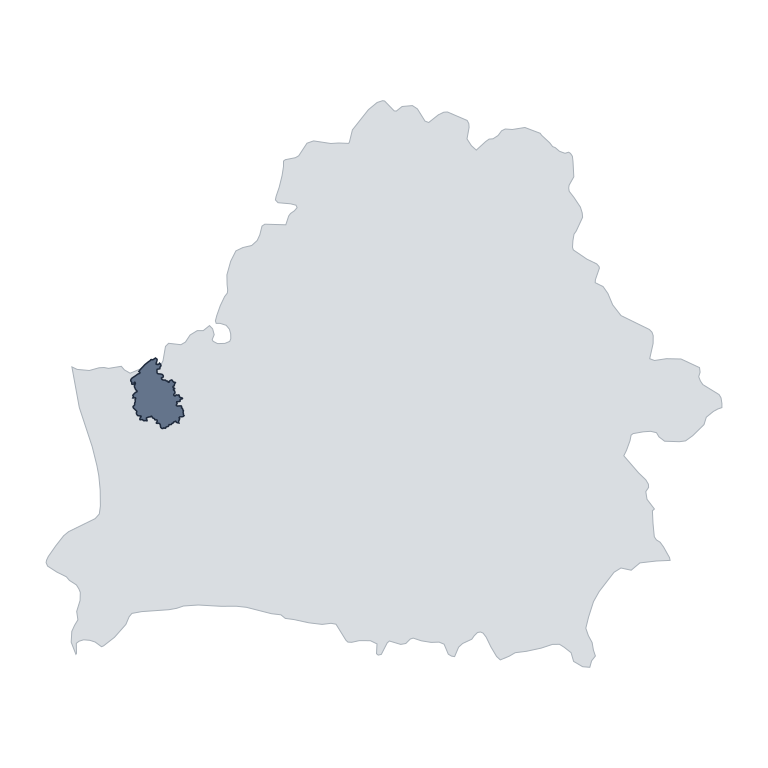 Shchuchyn, Grodno, Belarus shown in context
{"feature_id": "67162791B66420794580046", "entity_name": "Shchuchyn", "entity_type": "district", "adm_level": 2, "iso_a3": "BLR", "parent_name": "Belarus", "parent_adm1": "Grodno", "projection": "orthographic", "projection_center": [24.728, 53.725], "detail": "fine", "context": "in_parent", "style": "filled", "palette": "slate", "viewbox_px": 768, "rotation_deg": 0, "n_neighbors": 0, "source": "geoboundaries", "source_scale": "gbopen_adm2", "svg_char_len": 8246}
<svg xmlns="http://www.w3.org/2000/svg" viewBox="0 0 768 768"><path d="M670.1,560.4L656.3,561.0L639.9,562.9L631.2,570.2L620.9,568.0L614.0,572.3L599.2,591.5L593.5,601.6L588.6,616.9L585.8,628.2L588.4,635.7L592.1,642.5L593.4,650.1L595.4,656.0L591.6,660.8L589.8,667.3L582.6,666.7L573.6,661.4L571.1,652.7L564.1,647.2L559.5,644.3L552.4,644.4L541.2,648.1L526.4,651.3L515.2,652.7L509.2,656.2L500.3,659.9L496.6,656.5L490.9,646.9L486.2,637.2L483.1,633.1L480.5,632.0L477.5,632.5L474.2,635.8L471.8,639.2L462.6,643.5L458.6,647.2L454.6,656.6L451.5,656.1L448.3,654.2L444.1,644.2L439.1,642.1L431.2,642.4L421.3,640.8L413.2,638.1L410.3,639.0L405.8,643.5L400.7,644.4L389.4,641.0L387.2,642.9L381.3,654.4L378.2,655.1L376.5,653.7L377.0,643.9L370.4,640.7L359.4,640.6L351.7,642.3L347.9,642.1L345.9,640.2L336.0,624.2L331.0,623.3L322.1,624.4L308.9,622.8L293.6,619.5L285.3,618.4L280.9,614.8L271.5,613.7L246.4,607.3L236.1,606.2L221.1,606.3L198.2,605.0L183.5,606.0L176.7,608.3L168.9,609.7L141.7,611.6L131.9,613.4L129.1,616.8L125.9,624.4L114.5,637.3L103.5,645.9L101.5,646.7L95.1,642.0L89.8,640.3L83.6,639.8L79.1,641.2L76.3,643.3L76.5,653.4L75.9,654.3L71.2,642.2L71.8,631.4L74.6,625.3L77.9,619.8L76.7,611.4L80.1,600.4L80.3,592.4L78.9,588.9L76.4,584.9L69.4,580.4L66.4,576.8L56.9,572.1L47.6,566.1L46.1,562.6L46.6,560.1L48.3,556.5L55.7,545.9L63.7,535.7L68.7,531.6L95.2,518.6L99.3,514.0L100.4,506.1L100.2,490.1L98.8,475.6L96.9,465.5L92.2,446.6L79.3,407.5L71.9,366.9L77.1,369.4L89.3,370.5L99.0,367.8L104.0,367.5L108.5,368.4L121.3,366.3L124.4,369.9L130.1,373.2L141.3,368.6L151.3,362.9L161.6,363.6L163.0,360.8L165.5,346.4L168.6,343.3L180.9,344.7L185.4,342.1L190.1,335.0L197.3,330.6L203.3,330.6L209.5,325.6L212.6,328.8L214.2,334.7L212.2,339.5L213.1,341.3L217.5,343.6L224.9,343.4L229.7,341.4L230.8,338.7L230.7,333.8L229.4,329.2L226.2,325.3L220.3,323.4L216.2,323.4L215.4,320.9L216.8,315.5L220.3,305.6L224.6,296.6L227.3,293.1L227.7,290.0L227.1,284.6L226.9,274.9L230.7,261.2L235.9,250.9L243.0,247.5L251.7,245.5L257.2,240.5L259.8,234.9L262.0,226.1L264.8,224.2L285.8,224.8L288.7,216.0L290.5,213.5L294.4,210.8L297.1,207.6L296.0,205.2L290.6,203.8L278.0,202.7L275.4,199.9L276.1,196.4L279.2,187.3L282.1,175.5L283.5,166.5L283.5,161.1L285.3,159.7L295.4,157.7L298.7,155.8L307.0,143.2L313.6,140.9L330.8,143.5L338.6,143.0L348.6,143.4L349.4,142.2L352.4,129.9L368.4,109.7L377.1,102.5L382.6,100.7L384.6,101.0L394.2,110.9L396.3,111.1L402.1,106.5L412.4,105.6L417.4,108.9L425.0,121.1L428.7,122.5L438.4,114.8L443.8,112.2L447.5,112.0L467.2,120.5L468.8,123.6L469.1,127.3L467.0,138.9L471.4,145.7L476.3,150.1L485.6,141.6L489.1,139.1L493.0,138.8L498.1,135.5L501.6,130.8L505.2,129.0L512.3,129.5L524.9,127.5L540.2,133.3L541.6,135.3L549.7,142.8L552.6,146.6L555.2,147.6L559.5,151.3L565.0,153.3L568.6,152.2L570.5,153.4L572.4,156.3L573.0,161.6L573.8,176.8L569.1,185.2L568.7,188.0L569.2,191.3L574.0,197.5L580.4,207.1L582.2,212.9L582.6,217.3L576.3,230.9L574.0,234.2L572.9,240.7L572.5,247.3L573.3,249.9L586.8,259.1L596.7,263.9L599.0,266.5L599.4,268.1L595.4,279.7L595.2,282.7L603.1,286.6L607.9,293.5L612.7,304.9L621.0,315.6L649.4,329.5L652.0,332.2L653.2,335.7L653.1,343.5L649.7,358.7L654.5,360.5L666.4,358.7L681.0,359.0L699.5,367.6L700.1,372.2L698.7,376.7L700.4,381.0L702.8,384.6L719.1,394.6L721.0,397.8L721.9,403.4L721.9,407.6L717.8,409.0L713.4,411.4L706.3,417.2L704.0,424.6L692.7,435.7L685.5,440.9L679.4,441.7L664.6,441.2L659.0,436.9L656.5,432.7L650.7,431.3L643.3,431.8L633.1,433.6L631.1,435.1L630.0,440.7L626.5,450.3L623.8,455.8L638.6,472.9L645.8,479.8L648.4,484.2L648.6,487.4L645.8,491.6L647.0,499.3L654.4,509.0L652.4,510.8L653.0,523.4L654.3,536.8L656.4,539.9L660.1,542.2L663.5,546.9L669.5,557.6L670.1,560.4Z" fill="#d9dde1" stroke="#a8b0b8" stroke-width="1"/><path d="M137.5,415.5L138.2,415.7L138.7,415.7L139.0,415.8L139.4,415.9L140.1,415.9L140.5,415.9L141.1,416.2L141.1,416.5L141.0,417.0L140.6,417.2L140.3,417.7L140.0,418.3L139.9,418.7L139.8,419.2L140.0,419.7L140.4,419.8L141.0,419.7L141.5,419.6L142.1,419.5L142.5,419.7L143.0,420.1L143.2,420.4L143.7,420.7L143.9,420.8L144.3,420.8L144.8,420.5L145.4,420.5L146.1,420.8L147.0,420.8L147.1,420.2L146.8,419.8L146.6,419.3L146.4,418.4L146.5,417.8L146.7,417.7L147.2,417.6L148.6,417.0L149.3,416.9L149.9,416.9L150.5,416.8L150.8,416.5L151.1,416.2L151.6,416.2L151.9,416.5L152.1,417.0L152.3,417.4L152.5,417.7L152.8,418.0L153.2,418.2L153.5,418.2L153.9,418.4L154.2,418.6L154.5,418.9L154.7,419.3L154.7,419.6L154.9,419.8L155.1,419.9L155.6,419.9L156.2,419.8L156.7,419.9L157.1,420.2L157.2,420.7L157.3,421.3L156.9,421.9L156.5,422.4L156.3,423.0L156.6,423.3L157.3,423.4L157.9,423.3L158.7,423.3L159.5,423.6L159.8,424.0L160.1,424.3L160.4,425.2L160.4,425.9L160.5,426.5L160.7,427.3L161.0,427.6L161.3,428.0L161.8,428.4L162.1,428.5L162.9,428.5L163.4,428.2L163.7,427.9L164.2,428.0L164.7,428.2L165.3,428.3L165.7,428.0L165.8,427.4L166.2,427.0L167.3,426.6L168.1,426.5L168.4,426.2L168.8,425.7L168.9,425.1L169.1,424.6L169.6,424.6L170.5,424.6L171.3,424.5L171.5,424.2L171.8,423.7L172.0,423.4L172.6,423.3L172.9,423.2L173.3,422.7L173.5,422.3L173.7,422.0L174.1,421.9L174.4,421.8L174.9,421.6L175.2,421.3L175.6,421.2L175.9,421.4L176.1,421.9L176.4,422.2L176.8,422.5L177.0,422.6L177.5,422.8L178.0,422.8L178.9,423.0L178.7,422.4L178.6,421.1L179.1,420.5L179.2,419.7L179.5,419.2L179.7,418.8L179.3,418.4L179.1,417.6L179.7,417.0L180.6,416.8L181.6,416.8L182.4,416.7L183.1,416.5L183.6,416.2L183.8,415.9L184.1,415.6L183.6,415.0L183.4,414.5L183.4,413.3L183.1,412.6L183.2,411.6L183.4,411.1L183.4,410.5L182.9,410.1L182.8,409.4L182.5,408.6L182.1,408.1L181.5,407.9L181.6,407.3L181.6,406.6L181.4,406.0L180.8,405.9L180.1,405.9L179.3,405.9L178.0,406.0L177.4,406.1L176.5,405.6L176.3,405.2L176.6,404.3L176.9,403.9L177.1,403.6L177.1,403.2L176.9,402.9L176.6,402.4L176.7,402.0L176.8,401.7L177.7,401.6L178.5,401.6L179.3,401.5L180.0,401.3L180.1,400.9L180.1,400.2L180.2,399.5L180.8,399.2L181.6,399.0L182.1,398.9L182.5,398.5L182.4,398.1L182.0,398.0L181.2,397.7L180.8,397.5L180.5,397.5L179.9,397.2L179.5,396.9L179.3,396.3L179.3,395.8L179.0,395.0L178.4,394.9L177.9,395.1L177.0,395.1L176.5,394.9L175.7,395.2L175.4,395.8L174.6,395.9L174.1,395.6L173.7,395.0L173.8,394.3L174.4,393.7L174.9,393.2L175.0,392.6L174.9,392.0L174.7,391.3L174.4,390.7L173.9,390.3L173.5,390.0L173.4,389.7L173.7,389.2L174.3,389.0L174.7,388.7L174.6,388.4L173.9,387.9L173.3,387.8L173.0,387.2L173.0,386.6L173.3,386.2L174.1,385.9L174.4,385.1L174.4,384.5L174.7,383.8L175.0,383.1L175.4,382.7L174.9,382.2L174.2,382.2L173.7,382.2L173.1,381.6L172.6,380.9L172.1,380.3L171.8,379.9L171.7,379.9L171.2,380.1L170.3,380.4L169.8,380.8L169.4,381.4L169.2,382.1L168.6,382.3L168.1,382.1L168.0,381.4L167.7,381.2L167.1,381.0L166.3,381.0L165.8,380.4L165.4,380.1L164.5,380.1L164.1,380.1L163.1,380.0L162.4,379.7L161.7,379.2L161.5,378.4L161.5,377.9L162.3,377.6L162.9,377.4L163.3,376.5L163.3,375.8L162.5,374.6L161.9,374.3L160.6,374.0L159.3,373.9L158.2,373.8L157.4,373.4L157.0,372.6L157.0,371.3L156.9,370.1L157.2,369.3L158.1,369.1L158.8,369.0L159.8,368.8L159.9,368.5L159.9,367.7L160.1,367.0L160.7,366.3L160.9,365.8L161.0,365.2L160.5,364.3L159.6,363.2L159.1,364.0L158.2,364.5L157.0,364.5L156.1,364.1L156.2,362.9L156.5,362.2L157.0,360.7L157.1,359.3L155.5,358.0L153.0,359.7L151.9,359.7L151.3,359.5L150.8,359.7L150.2,360.6L148.5,361.7L146.4,363.4L144.9,364.6L143.8,365.8L142.7,367.0L141.8,367.9L140.1,369.8L138.8,371.5L139.7,372.1L140.0,372.7L139.6,373.4L138.5,373.8L137.7,374.1L136.6,375.0L135.5,375.8L133.8,376.9L132.0,378.1L131.0,379.3L130.7,380.4L130.9,381.2L131.4,381.9L131.9,382.6L131.7,383.2L131.8,384.1L132.6,384.3L133.3,384.2L134.3,383.9L134.4,383.4L134.1,382.6L134.5,382.2L135.0,382.3L135.3,382.8L135.4,383.7L135.1,384.3L134.8,385.1L134.4,385.5L134.4,386.3L134.5,387.1L134.9,387.8L135.1,388.4L135.4,389.1L135.7,389.7L136.2,390.1L136.7,390.7L137.1,391.1L136.9,391.8L135.5,392.4L135.0,392.9L134.4,393.5L133.7,394.2L133.1,394.9L132.8,395.3L133.0,395.9L133.4,396.4L133.4,397.2L133.0,397.4L132.8,397.9L134.0,397.9L134.8,397.8L135.5,397.8L135.7,398.3L135.5,399.1L135.1,399.6L135.2,400.4L135.3,401.9L134.8,402.6L134.6,403.4L134.7,404.2L134.5,405.1L133.7,405.9L133.1,406.4L133.1,407.2L133.5,408.1L134.5,409.0L135.8,410.3L136.6,411.0L136.8,411.5L136.7,412.1L136.4,412.6L136.4,413.2L136.5,413.9L136.8,414.4L137.2,414.9L137.3,415.1L137.5,415.5Z" fill="#64748b" stroke="#1e293b" stroke-width="1.5"/></svg>